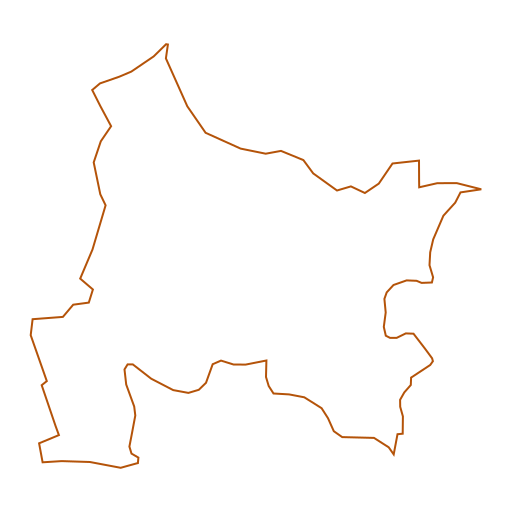 the district of Ashtarak, Aragatsotn, Armenia
{"feature_id": "60910142B23777318825008", "entity_name": "Ashtarak", "entity_type": "district", "adm_level": 2, "iso_a3": "ARM", "parent_name": "Armenia", "parent_adm1": "Aragatsotn", "projection": "natural_earth1", "projection_center": [44.276, 40.353], "detail": "fine", "context": "isolated", "style": "outline", "palette": "amber", "viewbox_px": 512, "rotation_deg": 0, "n_neighbors": 0, "source": "geoboundaries", "source_scale": "gbopen_adm2", "svg_char_len": 1540}
<svg xmlns="http://www.w3.org/2000/svg" viewBox="0 0 512 512"><path d="M481.3,189.3L456.7,183.1L437.2,183.2L419.2,187.3L419.1,180.7L419.0,160.6L392.5,163.5L378.8,183.6L364.9,193.0L350.9,186.4L337.0,190.5L313.2,173.4L303.4,160.1L281.0,150.9L265.7,153.7L240.6,148.6L205.6,132.8L187.3,106.3L165.9,58.4L167.9,44.5L166.1,44.2L153.7,56.4L144.7,62.5L131.3,71.6L119.3,76.7L100.0,83.4L92.2,90.0L100.4,106.2L111.1,126.2L100.8,141.3L93.7,162.4L100.3,194.3L105.6,205.3L92.5,249.5L80.2,278.6L92.9,289.5L88.8,302.6L73.2,304.7L62.9,316.9L32.6,319.2L30.7,335.2L46.8,381.1L41.7,385.2L55.6,426.1L58.9,435.1L39.1,443.3L42.6,462.3L61.7,461.1L89.9,462.0L120.7,467.8L126.4,466.2L136.6,463.4L137.9,463.1L138.4,457.6L131.5,453.6L129.4,446.6L131.9,433.6L135.3,415.5L134.2,406.5L126.2,384.5L124.5,369.4L127.6,364.4L132.8,364.4L151.2,378.7L173.2,390.1L188.4,392.9L198.8,389.8L206.0,382.8L212.7,364.2L221.0,360.6L233.5,364.5L245.6,364.6L266.4,360.5L266.0,377.0L268.7,386.0L273.5,393.5L289.1,394.4L304.3,397.3L321.6,408.2L328.0,418.2L333.8,431.2L342.2,437.1L374.0,437.9L388.7,447.3L393.7,454.4L397.5,434.2L402.7,433.7L402.9,416.4L400.2,406.8L400.1,399.8L404.3,392.4L410.8,385.0L411.1,377.6L430.2,365.0L432.9,361.2L432.1,358.3L425.1,348.8L413.5,333.7L405.8,333.4L396.6,337.9L390.1,337.9L385.8,335.7L383.8,326.9L385.7,312.5L384.4,298.9L386.7,292.4L393.5,285.0L406.6,280.4L416.6,280.8L421.6,282.9L431.9,282.5L433.1,277.3L429.5,265.2L430.2,252.3L433.2,239.4L443.4,215.7L448.0,210.6L455.2,202.7L460.5,192.4L481.3,189.3Z" fill="none" stroke="#b45309" stroke-width="2"/></svg>